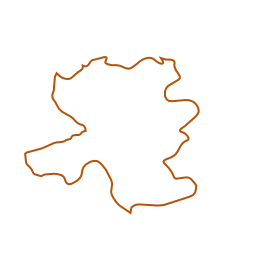 the Province of Lào Cai, rotated 294°
{"feature_id": "VNM-5483", "entity_name": "Lào Cai", "entity_type": "Province", "adm_level": 1, "iso_a3": "VNM", "parent_name": "Vietnam", "parent_adm1": "", "projection": "mercator", "projection_center": [104.093, 22.267], "detail": "fine", "context": "isolated", "style": "outline", "palette": "amber", "viewbox_px": 256, "rotation_deg": 294, "n_neighbors": 0, "source": "natural_earth", "source_scale": "10m", "svg_char_len": 2437}
<svg xmlns="http://www.w3.org/2000/svg" viewBox="0 0 256 256"><g transform="rotate(294 128 128)"><path d="M163.4,62.2L165.6,61.9L166.6,61.3L166.5,62.2L167.0,64.1L167.8,65.1L169.4,66.1L173.8,66.9L175.4,67.8L176.4,68.9L177.3,70.3L182.7,76.9L183.6,78.5L183.7,79.5L183.1,80.1L182.1,80.3L179.4,80.3L178.2,81.1L178.0,83.2L178.7,87.5L180.6,91.6L181.4,94.5L181.7,96.8L181.7,101.4L182.4,104.4L184.1,106.5L189.1,109.5L194.0,111.9L196.1,113.3L198.2,115.2L200.4,118.0L201.4,120.7L201.4,123.3L200.2,128.2L200.0,130.3L200.3,132.4L201.0,133.4L201.8,133.6L202.9,132.9L205.3,129.6L205.8,134.4L207.8,139.1L208.2,141.4L207.8,143.0L206.5,144.0L204.6,144.6L202.5,145.9L200.3,148.2L198.0,152.2L196.1,154.4L194.6,155.1L192.7,154.5L182.9,147.6L179.8,146.7L176.6,146.9L172.0,148.9L169.9,151.7L169.4,154.4L170.5,157.6L176.6,168.5L178.0,171.8L178.5,174.7L178.4,177.3L177.4,180.4L175.8,182.9L173.7,184.9L171.3,186.0L168.5,185.8L165.0,184.7L152.9,179.2L149.2,177.0L147.7,176.3L146.5,176.7L146.1,177.8L146.3,179.7L146.2,181.9L145.5,184.3L143.9,187.0L142.6,187.7L141.3,187.5L139.8,186.2L138.0,184.9L135.8,183.9L133.2,183.4L127.1,182.9L124.1,182.4L121.5,181.3L118.9,179.5L114.8,175.5L113.2,174.3L111.7,174.1L110.7,175.0L108.1,181.5L105.1,186.4L102.6,189.1L101.5,190.6L101.1,191.8L101.4,192.9L106.2,200.6L107.1,202.6L107.3,204.6L106.8,206.7L104.9,211.0L103.1,213.9L98.9,215.1L96.3,215.6L93.1,214.6L90.0,211.9L72.0,191.8L69.2,186.6L62.8,169.4L61.0,166.3L58.5,164.4L56.7,163.5L51.4,164.8L53.8,151.5L54.8,149.0L56.0,146.4L59.1,141.8L60.9,139.9L63.0,138.5L70.3,136.3L72.4,134.9L74.2,133.1L80.8,124.9L84.0,118.8L85.0,115.9L85.2,113.1L84.1,110.2L81.9,107.4L77.3,104.2L73.9,103.3L70.9,103.4L68.4,104.1L66.0,104.6L63.5,104.5L60.7,103.6L57.8,102.0L54.1,99.1L52.5,96.7L52.7,94.3L54.1,92.5L55.9,90.8L57.4,88.9L57.8,86.3L57.3,82.8L56.2,79.2L51.7,70.9L48.6,68.2L47.8,61.5L48.2,60.0L51.3,56.2L52.5,53.7L53.3,51.3L54.4,49.4L56.4,48.1L62.7,44.5L64.4,45.4L74.2,57.5L84.1,66.5L85.7,68.4L86.3,69.7L89.2,74.4L90.2,75.4L91.4,76.0L94.6,79.7L95.5,80.0L97.8,80.3L98.7,80.7L99.9,82.4L101.9,86.3L103.2,87.1L105.4,87.7L106.9,89.0L108.1,90.5L110.2,89.2L111.9,87.3L112.2,85.3L111.9,83.0L111.9,80.5L112.6,78.1L114.5,73.5L115.1,71.1L116.0,61.5L117.5,57.1L120.5,53.0L121.8,51.6L123.6,48.4L124.6,47.1L126.6,45.7L128.4,45.2L132.6,44.8L145.0,40.4L149.0,40.5L147.9,43.6L147.2,47.0L147.4,50.3L148.4,53.5L150.2,55.6L158.2,59.4L161.3,61.3L163.4,62.2Z" fill="none" stroke="#b45309" stroke-width="2"/></g></svg>